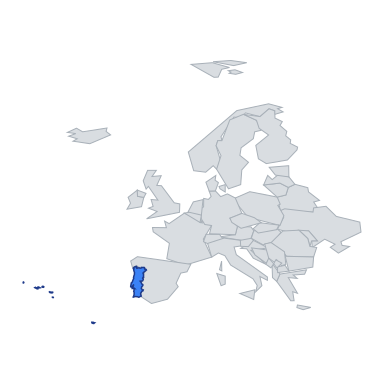 Portugal highlighted on a map of Europe
{"feature_id": "PRT", "entity_name": "Portugal", "entity_type": "country or territory", "adm_level": 0, "iso_a3": "PRT", "parent_name": "Europe", "parent_adm1": "", "projection": "robinson", "projection_center": [-13.235, 37.393], "detail": "fine", "context": "in_parent", "style": "filled", "palette": "blue", "viewbox_px": 384, "rotation_deg": 0, "n_neighbors": 37, "source": "natural_earth", "source_scale": "50m", "svg_char_len": 10334}
<svg xmlns="http://www.w3.org/2000/svg" viewBox="0 0 384 384"><path d="M191.1,64.4L212.3,62.7L229.5,67.5L221.7,69.3L218.2,77.1L214.0,77.3L191.1,64.4ZM283.1,111.9L274.3,114.5L274.7,110.8L269.0,108.8L260.0,116.6L245.4,112.9L241.5,117.9L233.9,117.1L221.0,136.7L221.9,140.7L217.8,140.6L216.1,145.7L220.9,162.1L216.6,169.2L213.2,165.7L205.7,172.2L193.7,170.7L188.3,152.0L236.8,110.6L268.6,103.8L282.0,107.4L277.6,108.7L283.1,111.9ZM246.8,62.7L233.6,65.6L213.1,61.7L230.8,60.5L246.8,62.7ZM242.5,72.5L235.7,74.3L229.1,73.3L231.0,72.1L228.3,70.7L235.0,69.8L242.5,72.5Z" fill="#d9dde1" stroke="#a8b0b8" stroke-width="1"/><path d="M184.4,213.1L211.6,225.5L203.3,239.1L211.7,257.1L185.3,265.1L166.8,258.7L169.4,243.3L153.2,231.8L152.5,227.5L166.4,227.7L164.6,221.1L169.1,223.6L184.4,213.1ZM219.5,269.7L221.6,261.1L221.8,270.9L219.5,269.7Z" fill="#d9dde1" stroke="#a8b0b8" stroke-width="1"/><path d="M216.6,169.2L221.0,155.7L216.1,145.7L217.8,140.6L221.9,140.7L229.8,119.9L243.4,114.3L256.5,120.3L261.1,130.3L254.7,131.8L253.3,138.7L241.1,147.8L239.9,155.4L248.5,162.3L241.8,169.9L240.7,184.6L228.5,188.8L216.6,169.2Z" fill="#d9dde1" stroke="#a8b0b8" stroke-width="1"/><path d="M294.9,184.3L307.8,187.7L308.5,191.9L319.5,200.4L313.7,202.0L317.4,207.6L313.0,212.1L280.4,210.6L277.2,197.1L285.9,195.0L288.3,187.4L294.9,184.3Z" fill="#d9dde1" stroke="#a8b0b8" stroke-width="1"/><path d="M342.1,245.4L349.5,246.5L338.4,253.1L330.3,247.3L335.0,244.2L324.7,239.2L312.3,247.5L311.7,240.8L317.3,240.8L308.7,230.9L291.3,233.1L277.5,229.1L283.7,217.3L280.4,210.6L284.7,208.8L313.0,212.1L313.6,207.9L326.0,206.3L336.3,216.4L359.8,222.1L361.0,232.1L340.9,241.7L342.1,245.4Z" fill="#d9dde1" stroke="#a8b0b8" stroke-width="1"/><path d="M277.2,197.1L280.2,204.2L277.8,205.4L283.9,215.7L280.0,225.5L248.0,217.3L235.8,202.5L235.3,198.0L249.8,191.7L277.2,197.1Z" fill="#d9dde1" stroke="#a8b0b8" stroke-width="1"/><path d="M253.8,230.8L250.6,239.3L244.3,240.8L219.4,236.8L235.4,234.7L237.4,226.4L251.0,226.9L253.8,230.8Z" fill="#d9dde1" stroke="#a8b0b8" stroke-width="1"/><path d="M277.5,229.1L281.0,232.2L274.7,241.5L263.0,244.8L251.3,238.3L253.8,230.8L277.5,229.1Z" fill="#d9dde1" stroke="#a8b0b8" stroke-width="1"/><path d="M298.9,230.2L308.7,230.9L317.3,240.8L311.7,240.8L309.9,246.4L307.8,238.6L298.9,230.2Z" fill="#d9dde1" stroke="#a8b0b8" stroke-width="1"/><path d="M309.9,246.4L316.7,247.5L313.6,257.0L286.4,256.3L271.1,242.6L282.8,231.0L298.9,230.2L307.8,238.6L309.9,246.4Z" fill="#d9dde1" stroke="#a8b0b8" stroke-width="1"/><path d="M288.3,187.4L285.9,195.0L277.2,197.1L263.6,185.0L279.9,183.1L288.3,187.4Z" fill="#d9dde1" stroke="#a8b0b8" stroke-width="1"/><path d="M288.9,176.9L294.9,184.3L288.3,187.4L279.9,183.1L263.6,185.0L267.7,175.4L272.2,179.6L278.9,174.1L288.9,176.9Z" fill="#d9dde1" stroke="#a8b0b8" stroke-width="1"/><path d="M288.7,165.7L288.9,176.9L275.4,175.1L269.2,167.3L288.7,165.7Z" fill="#d9dde1" stroke="#a8b0b8" stroke-width="1"/><path d="M235.3,198.0L241.9,213.4L229.9,218.2L237.4,226.4L235.4,234.7L209.5,233.8L211.6,225.5L204.8,224.5L201.4,219.0L199.9,209.0L203.6,206.9L203.7,198.4L208.4,199.4L211.1,196.5L209.2,191.1L215.4,190.9L220.7,196.6L227.4,193.9L235.3,198.0Z" fill="#d9dde1" stroke="#a8b0b8" stroke-width="1"/><path d="M284.6,253.8L286.4,256.3L313.6,257.0L312.8,267.1L288.9,271.1L284.6,253.8Z" fill="#d9dde1" stroke="#a8b0b8" stroke-width="1"/><path d="M310.8,307.4L303.2,309.7L296.9,307.6L297.4,305.0L310.8,307.4ZM279.9,274.1L306.5,269.8L304.6,274.2L293.2,275.0L297.2,278.4L288.3,277.6L297.5,293.3L292.7,291.7L294.1,300.7L290.8,300.8L276.7,281.4L279.9,274.1Z" fill="#d9dde1" stroke="#a8b0b8" stroke-width="1"/><path d="M279.9,274.1L276.7,281.4L272.5,277.6L272.0,263.1L279.9,274.1Z" fill="#d9dde1" stroke="#a8b0b8" stroke-width="1"/><path d="M253.4,240.4L268.0,247.9L250.9,250.3L265.9,264.3L253.3,258.2L246.7,248.8L240.7,248.4L253.4,240.4Z" fill="#d9dde1" stroke="#a8b0b8" stroke-width="1"/><path d="M219.6,234.4L224.0,240.5L209.8,244.7L203.5,241.7L206.1,234.3L219.6,234.4Z" fill="#d9dde1" stroke="#a8b0b8" stroke-width="1"/><path d="M200.2,219.2L202.4,222.9L200.0,222.5L200.2,219.2Z" fill="#d9dde1" stroke="#a8b0b8" stroke-width="1"/><path d="M201.4,215.1L200.0,222.5L184.4,213.1L195.5,211.2L201.4,215.1Z" fill="#d9dde1" stroke="#a8b0b8" stroke-width="1"/><path d="M203.0,199.6L201.4,215.1L188.0,212.0L193.3,201.9L203.0,199.6Z" fill="#d9dde1" stroke="#a8b0b8" stroke-width="1"/><path d="M140.9,296.6L140.4,281.4L145.5,270.9L136.3,265.5L132.6,267.9L130.7,261.0L137.4,256.7L190.8,264.3L187.0,271.8L180.8,273.1L176.1,283.3L178.2,286.7L167.5,299.2L151.5,303.5L140.9,296.6Z" fill="#d9dde1" stroke="#a8b0b8" stroke-width="1"/><path d="M143.8,197.4L141.5,206.7L127.0,209.2L130.5,203.2L128.1,197.3L137.3,190.1L137.5,196.3L143.8,197.4Z" fill="#d9dde1" stroke="#a8b0b8" stroke-width="1"/><path d="M224.1,238.1L240.3,240.3L241.6,245.8L234.1,247.0L236.3,254.7L267.4,277.0L267.4,280.3L259.9,276.5L261.9,285.7L255.8,291.7L257.2,285.4L253.0,278.8L230.7,265.1L224.9,255.7L218.4,253.0L211.7,257.1L207.6,243.4L224.1,238.1ZM239.8,293.5L254.8,289.8L253.7,299.5L239.8,293.5ZM216.8,273.5L225.2,276.1L225.2,284.1L221.1,285.7L216.8,273.5Z" fill="#d9dde1" stroke="#a8b0b8" stroke-width="1"/><path d="M215.4,190.9L209.2,191.1L205.9,182.2L215.8,175.5L215.1,180.2L218.4,182.6L215.4,190.9ZM225.2,184.6L225.2,192.0L220.0,188.8L219.0,186.5L225.2,184.6Z" fill="#d9dde1" stroke="#a8b0b8" stroke-width="1"/><path d="M143.8,197.4L137.5,196.3L137.3,190.1L146.0,193.4L143.8,197.4ZM157.9,200.1L148.4,186.4L146.1,189.1L143.2,180.8L147.6,170.4L156.3,170.4L152.0,176.5L161.2,175.7L156.8,185.4L161.4,185.7L174.2,202.8L179.8,203.9L179.5,212.3L146.6,218.8L157.1,211.5L148.5,208.2L153.1,206.4L151.1,199.5L157.9,200.1Z" fill="#d9dde1" stroke="#a8b0b8" stroke-width="1"/><path d="M107.0,128.0L106.1,131.4L110.6,134.9L89.8,143.7L73.0,141.2L77.2,138.8L68.6,136.2L75.8,133.6L67.4,132.4L76.5,128.2L82.6,131.8L107.0,128.0Z" fill="#d9dde1" stroke="#a8b0b8" stroke-width="1"/><path d="M240.3,240.3L251.3,238.3L253.4,240.4L248.4,246.6L240.7,246.3L240.3,240.3Z" fill="#d9dde1" stroke="#a8b0b8" stroke-width="1"/><path d="M274.7,110.8L275.0,118.1L282.3,121.6L280.0,125.5L286.8,131.4L285.7,135.8L290.7,139.9L290.2,143.4L297.6,147.1L297.0,149.9L287.4,160.0L266.3,163.6L258.4,158.8L255.8,145.4L268.6,135.0L259.1,128.3L256.5,120.3L243.4,114.3L260.0,116.6L269.0,108.8L274.7,110.8Z" fill="#d9dde1" stroke="#a8b0b8" stroke-width="1"/><path d="M279.0,225.1L276.6,229.7L258.3,233.0L253.1,228.8L259.9,222.7L279.0,225.1Z" fill="#d9dde1" stroke="#a8b0b8" stroke-width="1"/><path d="M241.9,213.4L254.4,217.7L261.3,222.7L241.1,228.3L231.8,222.4L229.9,218.2L241.9,213.4Z" fill="#d9dde1" stroke="#a8b0b8" stroke-width="1"/><path d="M266.3,263.3L255.0,255.0L251.6,247.9L268.2,250.1L269.8,257.8L266.3,263.3Z" fill="#d9dde1" stroke="#a8b0b8" stroke-width="1"/><path d="M285.1,265.3L288.9,271.1L277.6,272.6L277.5,266.9L285.1,265.3Z" fill="#d9dde1" stroke="#a8b0b8" stroke-width="1"/><path d="M264.7,243.9L271.1,242.6L284.5,251.8L285.8,264.4L281.3,265.7L276.6,259.6L274.4,262.3L268.7,258.1L264.7,243.9Z" fill="#d9dde1" stroke="#a8b0b8" stroke-width="1"/><path d="M273.7,263.7L270.9,267.9L265.9,264.3L268.7,258.1L273.7,263.7Z" fill="#d9dde1" stroke="#a8b0b8" stroke-width="1"/><path d="M276.9,268.0L273.7,263.7L275.8,259.9L281.8,263.1L276.9,268.0Z" fill="#d9dde1" stroke="#a8b0b8" stroke-width="1"/><path d="M133.8,267.5L134.3,267.1L134.7,266.9L135.0,266.8L136.0,266.5L136.3,266.4L136.5,266.4L136.6,266.5L136.7,266.8L136.9,266.9L136.9,267.1L136.6,267.6L136.5,267.8L136.7,268.1L136.8,268.3L137.1,268.3L137.6,268.1L138.0,267.9L139.1,267.8L139.3,267.9L139.5,268.0L140.0,268.2L140.5,268.2L141.2,268.0L141.4,267.8L141.5,267.6L141.5,267.4L142.0,267.4L142.3,267.5L143.1,267.5L143.3,267.4L143.5,267.4L143.9,267.6L144.3,267.5L144.5,267.7L144.6,267.9L144.7,268.4L144.6,268.9L144.7,269.1L145.0,269.2L145.5,269.2L145.9,269.3L146.2,269.6L146.3,269.8L146.4,270.0L146.2,270.1L146.0,270.4L145.5,270.9L144.7,271.3L144.1,271.9L143.7,272.5L143.2,272.8L143.0,273.1L143.3,273.9L143.5,274.5L143.6,275.2L143.5,275.4L143.5,276.2L143.4,276.5L143.5,276.7L143.6,276.9L143.7,277.1L143.4,277.3L143.0,277.6L142.7,277.9L142.6,278.1L142.6,278.3L143.2,278.8L143.3,279.0L143.2,279.5L142.9,280.3L142.6,280.9L142.2,281.0L140.6,281.1L140.2,281.2L140.3,281.3L140.7,281.9L141.1,282.3L141.4,283.1L142.1,284.3L142.7,284.5L142.9,284.8L142.9,285.2L142.7,285.7L142.3,286.2L141.9,286.5L141.6,286.9L141.6,287.3L141.5,287.8L141.3,288.2L141.3,288.4L142.5,290.1L143.2,290.0L143.1,290.4L142.9,290.9L142.7,291.0L142.1,291.1L141.6,291.7L141.2,292.5L140.9,292.8L140.6,293.7L140.7,294.0L140.8,294.6L141.2,296.1L140.7,296.2L139.0,297.2L138.5,297.2L137.5,296.7L135.8,296.6L135.2,296.5L134.5,296.8L134.0,296.7L133.5,297.1L133.2,297.0L133.6,296.2L134.1,294.6L134.1,293.6L134.2,292.8L134.0,292.0L133.7,291.4L134.1,290.1L134.0,289.4L133.7,288.5L134.7,288.6L134.4,288.3L134.1,288.1L133.8,288.1L133.5,288.1L132.6,288.4L132.2,288.5L132.1,287.9L131.8,287.2L132.2,287.0L132.6,287.0L133.0,286.7L133.2,286.3L133.0,285.7L133.3,285.2L134.1,284.7L133.7,284.8L133.3,285.1L132.6,286.1L132.4,286.7L131.8,286.9L131.3,287.0L131.0,286.9L130.7,286.8L130.7,286.4L130.7,286.0L130.9,285.4L131.0,284.5L131.3,283.7L131.2,283.4L131.2,283.1L131.4,282.8L131.8,282.6L132.3,281.9L132.9,280.2L133.7,278.4L133.7,278.2L133.5,277.6L134.0,275.5L134.2,275.2L134.4,274.6L134.4,273.7L134.5,273.0L134.5,272.6L134.4,272.2L134.1,271.5L133.7,269.8L133.7,269.3L133.9,269.0L133.5,268.9L133.3,268.6L133.3,268.2L133.8,267.5ZM50.4,292.1L50.7,292.2L52.3,292.1L52.7,292.2L52.7,292.6L52.4,292.8L51.4,292.9L50.0,292.6L49.5,292.2L49.4,291.9L49.8,291.7L50.4,292.1ZM92.0,322.1L92.7,322.5L93.4,322.3L94.1,322.7L94.6,322.8L94.2,323.1L93.8,323.5L92.9,323.4L92.1,323.0L91.8,322.8L91.8,322.5L92.0,322.1ZM38.2,288.5L38.6,288.7L38.0,288.7L37.8,288.9L37.3,288.7L36.7,288.7L36.3,288.4L36.2,288.1L36.4,287.8L37.0,287.8L38.2,288.5ZM43.6,287.3L42.4,287.2L42.2,287.0L42.1,286.6L42.3,286.4L42.7,286.3L43.4,286.4L43.8,286.7L43.7,287.1L43.6,287.3ZM40.1,287.8L39.8,287.9L38.5,287.4L38.1,287.2L37.5,286.7L39.2,287.3L40.1,287.8ZM23.8,282.7L23.5,283.0L23.2,282.9L23.2,282.2L23.5,282.0L23.8,282.3L23.8,282.7ZM35.8,288.0L35.3,288.0L34.8,287.6L35.5,287.3L35.7,287.5L35.9,287.6L36.0,287.9L35.8,288.0ZM53.3,297.4L53.2,297.6L52.6,297.5L52.4,297.2L52.6,297.1L53.0,297.1L53.3,297.4Z" fill="#3b82f6" stroke="#1e3a8a" stroke-width="1.5"/></svg>